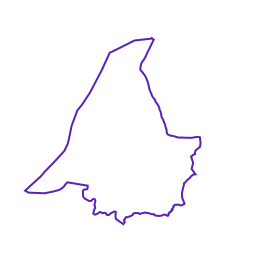 Kwande, Benue, Nigeria (Mercator projection), rotated 198°
{"feature_id": "59680162B2505789698133", "entity_name": "Kwande", "entity_type": "district", "adm_level": 2, "iso_a3": "NGA", "parent_name": "Nigeria", "parent_adm1": "Benue", "projection": "mercator", "projection_center": [9.368, 6.742], "detail": "fine", "context": "isolated", "style": "outline", "palette": "violet", "viewbox_px": 256, "rotation_deg": 198, "n_neighbors": 0, "source": "geoboundaries", "source_scale": "gbopen_adm2", "svg_char_len": 3009}
<svg xmlns="http://www.w3.org/2000/svg" viewBox="0 0 256 256"><g transform="rotate(198 128 128)"><path d="M206.5,36.6L202.7,35.8L187.3,40.1L180.3,44.0L176.1,46.6L173.4,48.7L171.5,51.4L170.7,52.8L170.3,54.5L168.9,57.6L148.5,60.7L147.9,58.7L147.9,57.2L151.0,55.7L151.4,54.2L150.2,50.6L149.2,48.7L147.6,47.6L145.5,47.2L144.2,46.9L142.2,46.6L140.5,47.3L139.6,49.3L138.4,50.0L137.5,49.9L136.3,48.1L136.4,46.7L136.0,44.0L135.3,43.5L134.6,41.8L134.9,39.2L134.6,36.0L133.4,35.4L132.4,35.5L130.6,37.1L128.7,39.5L127.6,39.5L126.2,39.0L124.0,40.2L122.6,40.2L121.4,38.9L120.4,38.9L119.3,39.5L117.8,41.8L115.1,44.5L113.6,44.3L112.6,39.9L111.2,37.7L102.7,35.1L102.4,36.1L102.0,37.7L102.4,38.0L103.0,38.4L103.4,39.3L103.3,39.6L103.0,39.8L102.8,40.2L102.8,40.7L102.9,41.3L102.3,42.3L102.1,42.8L101.7,42.8L101.2,42.9L100.6,43.3L99.8,44.0L98.9,44.4L97.9,45.5L97.1,46.2L96.6,46.8L96.7,47.8L95.6,49.1L95.2,49.2L94.0,49.6L93.4,49.8L91.9,50.3L91.3,50.1L90.3,49.8L90.2,49.8L89.0,50.8L87.6,51.7L86.0,52.7L85.7,52.8L83.0,53.2L82.5,53.4L81.0,53.4L79.3,53.3L78.5,53.5L76.5,54.0L76.3,53.6L74.9,53.2L72.6,53.7L71.7,53.8L69.7,54.6L66.4,57.1L63.0,56.7L62.5,58.2L63.0,59.0L62.7,59.4L62.7,59.9L62.4,60.3L62.5,60.6L62.2,61.0L61.6,61.1L61.5,61.3L61.5,61.7L61.4,62.2L60.9,62.5L60.8,62.8L61.2,63.1L61.0,63.8L60.4,63.9L60.5,64.3L61.0,64.7L60.6,65.7L60.2,67.0L60.7,67.7L60.0,68.6L59.9,69.4L58.7,69.7L57.3,70.4L55.9,70.8L54.4,70.5L53.8,70.7L52.8,71.3L51.8,72.3L50.8,73.4L54.9,78.4L56.5,82.5L56.6,83.3L57.2,88.9L57.2,90.9L57.6,92.8L57.5,93.2L56.9,93.6L55.9,96.1L54.6,98.4L53.5,100.0L53.3,101.4L51.2,104.1L49.5,104.8L54.9,108.8L55.0,110.5L55.0,111.7L55.3,115.0L56.4,116.5L59.2,120.4L56.9,123.5L56.2,123.8L56.7,125.3L56.9,127.3L53.6,132.6L54.0,133.7L54.0,134.6L54.6,136.7L56.8,141.4L59.0,141.1L59.3,141.0L60.9,140.2L61.7,139.8L63.3,138.9L65.2,138.0L68.6,137.1L71.0,136.3L71.4,136.2L73.9,135.6L76.0,134.7L78.8,134.4L80.1,134.4L82.5,134.4L84.1,134.1L84.3,134.0L85.6,133.8L86.8,134.1L88.1,134.1L89.0,134.7L89.9,136.0L90.5,137.6L91.7,139.5L92.0,139.9L93.0,141.3L94.8,143.9L96.5,145.8L97.2,146.7L99.7,149.2L100.9,151.7L102.1,153.6L103.7,155.2L104.3,156.5L104.6,157.1L106.4,158.9L107.6,159.9L108.9,160.8L110.1,161.8L111.3,163.4L112.9,164.3L114.1,165.3L115.6,166.5L116.5,168.1L117.8,169.3L118.7,170.3L119.2,171.1L119.6,171.5L120.5,173.1L121.1,174.1L121.7,175.0L122.6,176.6L123.9,178.5L125.4,180.3L126.3,181.3L127.7,182.7L128.5,183.5L129.7,184.1L129.9,184.3L130.9,185.1L131.8,185.7L132.8,186.3L133.7,186.6L134.3,187.3L134.6,188.2L134.9,189.2L134.9,190.1L135.2,191.0L135.2,192.9L135.2,194.2L134.8,195.4L134.5,196.6L134.2,197.3L133.3,201.3L133.2,203.2L132.9,205.4L132.9,205.5L130.8,220.0L133.3,220.9L133.6,220.1L144.1,215.4L148.9,213.2L167.7,194.7L168.6,194.1L169.0,190.7L170.6,177.1L170.9,174.5L171.6,170.3L175.2,149.4L176.6,144.5L177.6,140.7L178.9,136.1L181.6,129.1L182.3,112.6L182.0,109.8L180.9,100.5L180.4,94.2L181.5,86.5L186.5,75.4L191.4,65.3L193.3,61.5L196.2,54.7L196.4,54.3L201.9,44.7L206.5,36.6Z" fill="none" stroke="#5b21b6" stroke-width="2"/></g></svg>